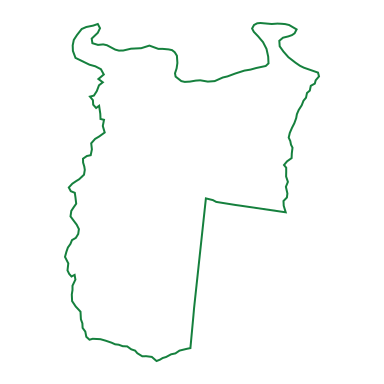 the district of Tapira, Paraná, Brazil
{"feature_id": "56859067B14009728916409", "entity_name": "Tapira", "entity_type": "district", "adm_level": 2, "iso_a3": "BRA", "parent_name": "Brazil", "parent_adm1": "Paraná", "projection": "mercator", "projection_center": [-53.135, -23.338], "detail": "fine", "context": "isolated", "style": "outline", "palette": "green", "viewbox_px": 384, "rotation_deg": 0, "n_neighbors": 0, "source": "geoboundaries", "source_scale": "gbopen_adm2", "svg_char_len": 2478}
<svg xmlns="http://www.w3.org/2000/svg" viewBox="0 0 384 384"><path d="M318.0,72.6L303.9,67.7L300.0,65.8L295.5,62.7L288.4,57.2L283.4,51.5L279.7,46.3L279.3,40.8L283.0,37.7L288.3,36.4L292.0,35.1L294.6,33.3L296.6,29.4L289.1,25.0L285.2,24.1L281.8,23.8L277.5,23.6L271.7,24.0L260.4,23.0L257.2,23.3L254.0,25.0L252.1,28.5L253.8,31.8L258.2,36.4L260.6,39.3L263.0,42.1L266.5,48.9L268.2,56.7L268.5,63.4L265.7,66.0L256.3,68.0L250.5,69.6L244.4,70.6L235.3,73.5L227.5,76.4L222.8,77.5L214.7,81.1L207.8,81.6L200.3,80.3L195.8,80.6L189.9,81.6L184.7,81.9L181.3,81.1L175.6,76.6L175.0,73.3L176.6,68.4L177.4,63.0L176.9,55.7L174.7,52.2L172.0,50.1L168.6,49.4L163.0,48.9L158.4,48.9L149.4,45.6L141.2,48.2L131.0,48.7L123.3,50.5L118.9,50.6L115.2,49.6L106.9,45.2L103.2,44.4L98.0,44.9L92.4,43.2L91.7,38.6L97.8,32.8L100.0,28.2L97.8,24.0L93.2,25.6L86.3,27.0L81.7,29.0L77.0,35.0L73.8,39.9L72.7,45.4L72.9,50.9L75.5,57.9L89.5,64.7L95.3,66.3L100.9,69.2L103.8,74.5L98.4,79.0L102.8,82.3L99.0,85.3L96.8,91.1L93.9,95.6L90.0,96.6L92.9,100.2L93.2,104.7L96.1,108.0L99.1,105.8L100.3,113.9L100.5,119.0L104.0,119.8L102.8,126.0L104.7,132.5L101.5,134.8L99.0,136.6L95.1,138.9L91.2,143.3L91.9,149.4L90.7,155.2L86.9,156.0L83.0,158.7L83.1,162.6L84.3,166.6L84.8,169.9L84.0,174.7L79.1,179.3L76.3,181.0L72.3,183.7L68.8,187.5L70.8,191.2L74.8,192.8L75.5,197.7L76.2,203.7L73.6,207.4L71.3,210.9L70.5,216.4L73.6,220.6L76.7,224.7L78.9,229.1L78.2,234.0L75.8,237.9L72.0,240.1L70.4,244.0L67.9,247.5L66.4,251.8L65.0,256.9L68.3,263.4L67.5,270.4L69.2,273.9L71.5,276.5L74.6,274.9L75.4,279.6L72.5,285.7L72.5,290.0L71.8,294.5L72.1,301.1L75.7,306.5L80.5,311.7L80.9,319.3L82.4,323.4L82.6,327.9L85.3,331.6L86.3,336.8L89.5,339.7L92.7,338.8L96.9,339.0L100.5,339.2L105.7,340.7L111.6,342.7L115.1,344.3L118.7,344.7L122.7,346.2L127.2,346.4L131.2,349.3L135.1,350.6L137.3,353.2L142.3,356.3L146.2,356.2L151.8,356.9L156.5,361.0L159.9,359.7L162.7,358.0L166.1,357.0L171.1,354.3L175.4,353.4L179.5,350.6L186.9,348.8L190.4,348.1L193.4,315.9L194.1,307.8L205.9,198.4L212.9,200.1L216.2,201.9L235.6,205.0L240.0,205.6L285.7,212.3L283.7,205.7L283.5,201.0L286.9,197.5L287.4,193.5L285.9,186.8L287.9,181.9L286.1,176.5L286.2,172.1L286.2,167.7L284.0,165.0L287.1,161.3L291.6,158.1L291.8,153.4L292.5,147.7L291.0,144.7L290.3,141.1L288.7,137.6L289.8,132.9L292.0,127.8L294.3,123.3L296.2,118.1L296.9,114.2L298.7,110.0L301.7,105.3L303.5,100.7L306.0,97.7L307.0,93.0L309.8,90.6L310.8,85.8L314.8,83.6L315.7,80.3L319.0,76.4L318.0,72.6Z" fill="none" stroke="#15803d" stroke-width="2"/></svg>